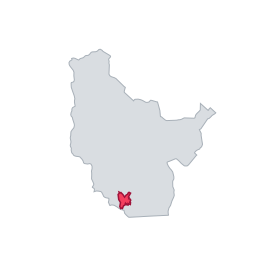 Torit, Eastern Equatoria, South Sudan (highlighted), rotated 42°
{"feature_id": "79223893B91619257593054", "entity_name": "Torit", "entity_type": "district", "adm_level": 2, "iso_a3": "SSD", "parent_name": "South Sudan", "parent_adm1": "Eastern Equatoria", "projection": "orthographic", "projection_center": [32.622, 4.383], "detail": "fine", "context": "in_parent", "style": "filled", "palette": "rose", "viewbox_px": 256, "rotation_deg": 42, "n_neighbors": 0, "source": "geoboundaries", "source_scale": "gbopen_adm2", "svg_char_len": 3969}
<svg xmlns="http://www.w3.org/2000/svg" viewBox="0 0 256 256"><g transform="rotate(42 128 128)"><path d="M195.8,186.4L189.2,193.0L188.8,193.4L188.0,193.9L185.3,193.9L182.6,193.6L180.1,191.9L177.5,193.2L175.9,193.6L174.9,193.8L172.6,194.0L169.4,194.7L168.0,195.6L167.2,196.3L166.5,197.5L166.2,197.7L165.6,197.5L164.8,197.0L163.1,196.3L162.2,194.6L161.4,193.6L160.8,193.1L158.1,194.7L156.7,195.1L155.7,195.1L153.7,194.2L151.5,193.4L150.4,193.4L148.7,194.4L146.8,195.8L145.8,197.3L145.4,198.1L144.7,196.8L144.0,196.0L143.1,195.6L141.3,196.0L140.9,195.5L140.8,194.4L140.5,193.3L140.1,192.5L138.7,191.8L135.0,190.2L132.3,187.0L130.9,185.5L129.8,184.6L128.4,182.1L126.8,180.4L124.8,179.6L123.4,180.0L122.1,181.8L119.5,183.5L118.3,183.6L116.8,182.6L114.9,182.0L111.5,181.7L110.1,182.5L108.3,183.8L106.7,184.5L105.7,184.6L104.8,184.3L103.8,184.1L102.9,184.1L101.1,182.9L100.2,182.0L99.6,181.1L98.6,180.6L97.4,180.1L96.5,179.3L96.1,178.4L95.4,177.2L94.5,176.1L91.8,174.1L91.0,172.9L90.4,171.8L89.3,170.5L88.1,168.9L87.7,166.4L87.7,164.5L87.4,163.6L86.9,162.7L86.4,161.9L85.4,161.0L83.2,159.7L80.8,158.3L79.7,157.4L77.6,157.1L76.4,156.2L75.3,154.4L74.9,152.9L73.9,151.8L73.4,150.9L73.2,150.0L74.1,147.1L72.8,146.1L71.0,144.7L69.7,143.2L69.0,141.9L66.6,140.1L61.6,137.4L58.6,135.7L57.1,134.2L55.7,132.7L55.5,132.1L56.5,130.6L56.6,129.4L55.9,128.1L52.9,125.5L50.5,122.7L48.7,121.8L44.3,121.0L43.0,120.7L41.7,120.1L40.4,118.9L40.0,117.4L40.7,115.0L40.3,114.3L39.6,114.1L39.8,113.6L40.6,112.5L42.0,111.7L45.7,110.6L45.9,110.2L46.0,108.7L46.3,108.0L47.6,105.9L47.8,105.1L47.9,103.4L48.1,102.6L48.5,102.0L49.5,101.0L49.9,100.4L50.1,99.0L50.0,96.4L50.5,95.4L52.9,93.0L53.5,91.9L53.8,91.0L53.8,90.0L53.9,89.1L54.6,88.1L55.2,87.9L56.9,87.6L58.1,87.8L66.2,86.2L67.1,86.4L67.5,87.4L67.4,89.0L67.6,89.7L68.0,90.3L69.3,91.0L70.1,92.2L70.6,92.7L71.9,93.6L77.8,100.7L79.4,101.3L81.1,101.1L84.4,99.7L86.1,99.3L97.5,99.8L98.8,99.6L100.6,103.2L101.4,104.0L114.0,104.1L113.8,103.1L114.0,102.0L116.2,99.8L116.5,99.6L118.5,98.5L120.4,97.8L124.1,97.0L125.4,95.8L126.2,94.6L126.2,92.3L126.7,91.9L127.6,91.4L131.8,89.4L132.5,88.9L140.0,93.7L144.1,97.5L144.4,97.7L144.6,97.8L144.8,97.7L145.0,97.5L145.5,97.3L147.3,97.3L150.7,97.1L151.8,96.6L158.7,89.9L160.4,87.7L160.9,87.3L161.9,85.8L162.9,83.1L163.1,82.8L170.6,76.5L170.8,76.0L170.9,75.6L169.8,73.5L169.5,72.4L169.5,70.7L169.7,68.1L169.7,66.5L169.5,66.1L165.4,61.3L175.8,61.3L175.8,60.7L175.6,60.0L175.5,59.2L175.5,58.8L175.6,58.4L175.6,58.2L175.6,57.9L183.1,58.0L183.0,59.3L182.1,62.4L182.1,64.2L181.9,66.3L181.7,67.0L181.3,67.5L181.1,67.7L181.1,68.0L182.7,79.8L182.6,80.3L182.2,81.1L182.1,81.3L182.1,81.5L185.7,82.9L185.9,83.0L186.0,83.1L187.3,84.6L194.2,90.2L194.4,90.5L195.1,92.3L195.2,92.6L195.2,93.0L195.2,93.3L195.0,94.4L195.1,94.9L195.2,95.2L195.3,95.5L195.2,95.9L194.2,98.0L193.9,99.4L193.8,100.6L193.9,101.3L194.0,101.8L194.1,102.0L197.2,102.1L197.1,102.7L197.6,113.4L197.6,114.7L197.5,116.2L197.1,116.8L196.3,117.6L195.2,118.4L192.6,118.6L190.3,118.6L188.7,118.4L186.6,118.4L184.5,118.5L183.8,119.2L181.1,124.9L180.3,126.3L180.0,127.2L180.3,127.7L181.3,128.4L183.7,129.4L186.3,130.0L188.3,130.2L189.6,130.5L190.7,130.8L194.5,133.4L195.7,134.6L196.4,135.7L196.5,136.8L197.1,138.0L200.5,141.6L203.8,143.2L205.1,145.1L206.3,146.1L207.4,147.1L208.1,148.5L209.5,152.9L210.5,155.1L211.4,157.0L211.9,160.0L212.6,161.3L213.4,162.9L214.8,164.4L216.2,165.5L216.4,165.8L202.2,179.9L195.8,186.4Z" fill="#d9dde1" stroke="#a8b0b8" stroke-width="1"/><path d="M165.1,184.0L169.0,187.4L172.3,188.4L174.4,191.8L176.4,192.8L176.9,191.6L177.7,191.5L176.7,188.7L177.3,187.5L176.5,185.7L177.8,186.0L177.9,184.9L178.9,185.7L179.7,185.1L179.2,183.9L180.9,183.3L180.1,182.2L179.7,181.7L179.0,182.0L178.3,179.8L177.1,179.4L175.9,180.1L175.4,179.0L174.5,179.0L173.5,174.7L171.8,175.1L171.6,176.5L172.1,177.4L171.5,179.1L171.7,181.7L168.9,180.9L166.3,180.7L166.4,181.0L164.2,181.6L165.1,182.2L165.1,184.0Z" fill="#f43f5e" stroke="#9f1239" stroke-width="1.5"/></g></svg>